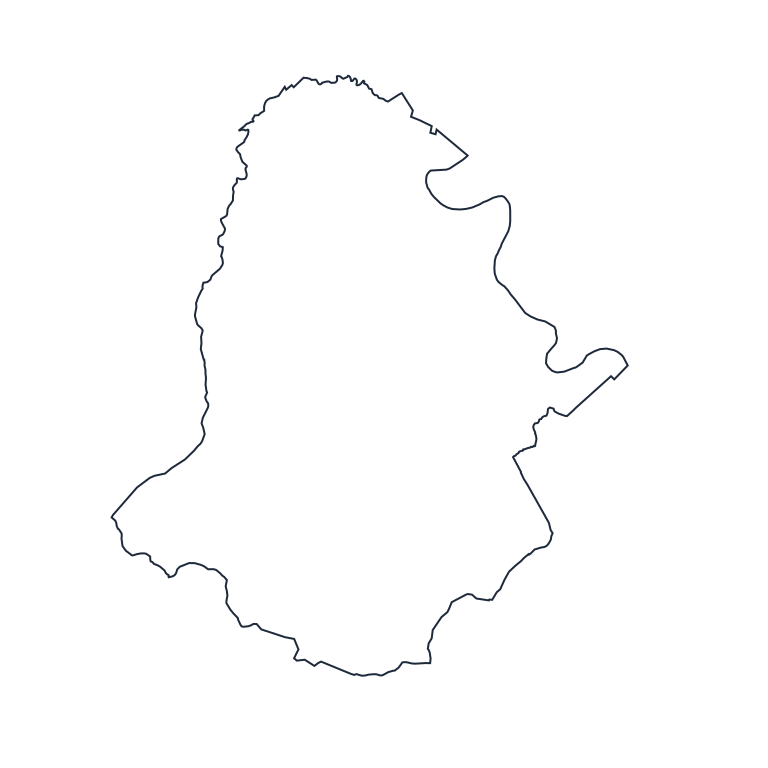 outline of Cicarlau, Maramures, Romania, rotated 194°
{"feature_id": "2599482B33598130201081", "entity_name": "Cicarlau", "entity_type": "district", "adm_level": 2, "iso_a3": "ROU", "parent_name": "Romania", "parent_adm1": "Maramures", "projection": "albers", "projection_center": [23.395, 47.725], "detail": "fine", "context": "isolated", "style": "outline", "palette": "slate", "viewbox_px": 768, "rotation_deg": 194, "n_neighbors": 0, "source": "geoboundaries", "source_scale": "gbopen_adm2", "svg_char_len": 6153}
<svg xmlns="http://www.w3.org/2000/svg" viewBox="0 0 768 768"><g transform="rotate(194 384 384)"><path d="M358.1,625.9L394.5,643.6L394.4,638.8L399.8,639.0L400.1,645.8L413.4,648.6L422.4,649.8L422.2,656.4L437.1,670.6L439.4,668.6L448.5,659.0L451.0,659.3L453.6,660.5L458.2,660.3L460.0,662.1L460.7,662.4L462.5,662.1L463.5,662.4L465.4,663.7L467.4,667.0L469.9,667.0L472.7,670.1L476.1,670.9L476.2,672.7L477.1,673.3L477.7,673.0L478.7,670.6L480.1,668.5L481.6,667.5L482.5,667.4L483.1,667.7L483.4,671.0L483.9,672.1L484.9,673.0L485.8,673.4L486.5,673.3L487.9,670.4L489.1,670.0L489.4,670.2L490.1,672.1L491.2,673.5L492.1,674.2L493.0,674.4L493.5,674.3L494.0,672.9L497.3,670.4L498.0,670.4L500.5,671.7L501.6,671.8L502.4,671.8L504.0,671.3L504.1,670.7L503.1,668.1L503.0,667.0L503.8,665.2L504.6,664.5L508.1,663.4L510.1,664.1L511.1,664.1L512.9,663.6L517.0,661.3L517.3,660.2L518.6,659.2L520.1,659.4L523.0,662.4L523.8,662.8L527.9,661.5L529.6,662.2L533.4,662.2L534.9,661.8L536.1,661.8L543.4,650.1L545.9,651.7L550.1,645.9L552.2,648.3L556.0,638.1L560.0,635.4L563.7,633.6L565.4,632.1L566.8,630.1L567.4,627.6L567.5,624.3L566.4,620.0L569.5,616.7L570.8,614.5L574.5,613.3L574.7,611.9L575.6,609.4L575.5,608.7L574.2,607.5L574.4,606.9L576.6,606.1L578.1,604.5L579.8,603.5L581.2,601.8L581.7,600.6L585.8,595.4L585.8,595.1L585.2,595.1L583.7,596.2L581.5,596.9L579.6,596.5L577.8,597.8L577.3,597.8L577.0,597.4L576.6,596.2L576.4,593.5L577.0,590.5L578.3,586.7L578.2,585.0L583.5,578.8L584.1,577.5L584.0,575.6L581.8,573.7L579.3,572.2L577.9,569.2L575.1,565.3L570.2,562.8L569.8,562.0L569.9,561.1L570.5,559.9L570.3,558.6L568.1,554.6L567.6,552.7L567.8,551.1L568.3,549.7L569.2,549.1L572.3,548.0L575.7,548.3L576.4,547.8L576.3,546.7L575.6,544.6L575.6,543.6L577.6,540.0L578.0,537.8L577.7,536.3L576.4,534.2L576.0,530.0L575.0,525.5L576.4,521.3L577.3,519.8L578.1,516.2L577.3,510.7L577.5,509.5L577.9,508.7L582.1,504.6L581.8,503.1L580.2,501.0L575.8,496.2L575.6,493.9L576.3,490.6L576.7,489.9L579.2,487.7L579.8,486.8L579.9,484.7L578.7,479.8L576.3,477.9L573.5,477.8L572.9,474.5L573.0,468.6L572.3,468.0L570.9,465.8L569.6,462.6L569.6,460.6L571.1,456.1L576.7,448.3L577.4,446.6L577.7,443.3L580.0,440.2L583.0,438.8L583.7,438.7L583.9,435.3L583.0,432.6L583.8,430.4L585.3,423.2L585.9,416.9L584.6,413.1L584.2,405.4L583.7,403.8L579.8,397.0L578.8,396.1L574.8,394.0L573.0,392.3L572.8,391.2L572.9,385.6L571.0,379.5L570.2,373.5L564.8,364.0L564.3,364.1L563.1,361.0L562.6,358.4L560.9,355.2L559.6,350.6L558.1,346.5L557.0,340.2L554.6,334.3L553.6,333.0L554.3,328.6L554.2,327.5L551.7,324.0L550.0,322.7L549.3,320.8L549.1,319.0L549.3,317.8L551.6,307.5L551.5,301.7L548.8,297.8L545.9,292.0L546.6,284.7L547.6,281.7L549.7,278.5L552.2,273.3L558.8,262.7L569.8,251.0L574.7,244.2L584.5,239.4L588.6,236.2L598.6,223.9L615.2,191.5L616.0,188.6L611.8,186.5L610.4,184.9L609.1,181.8L607.3,179.3L606.0,178.8L602.5,175.6L601.8,173.5L601.3,170.5L598.5,163.5L594.2,159.8L587.2,156.8L586.2,156.9L582.5,159.2L578.7,160.9L575.3,161.7L573.6,161.7L569.2,160.1L568.4,157.3L567.5,155.4L565.8,155.3L563.7,153.8L560.1,153.4L557.1,152.6L551.9,150.0L549.7,147.6L548.4,146.9L546.7,146.4L546.5,144.9L546.1,144.4L542.3,146.4L540.7,148.2L540.0,150.1L539.7,154.3L538.0,157.2L529.8,163.1L524.2,164.4L518.0,164.2L514.5,163.6L509.8,161.7L504.6,163.1L501.9,163.0L497.1,160.7L494.5,158.9L492.5,158.2L489.0,155.7L488.7,149.5L485.8,143.9L485.9,143.5L484.8,141.2L484.4,135.4L483.9,133.2L478.5,127.9L474.8,125.1L469.2,121.6L468.6,120.1L464.7,115.3L463.6,114.4L461.8,114.4L457.1,116.1L454.5,117.8L452.7,119.6L449.5,120.3L443.7,116.2L419.0,114.4L409.5,114.9L402.8,105.8L404.9,96.1L401.6,94.5L394.2,97.3L383.3,93.6L380.4,97.3L377.9,99.4L346.4,94.8L342.5,94.5L340.9,95.7L340.3,95.8L334.9,95.6L331.2,96.8L328.8,98.2L323.6,100.0L320.9,100.5L317.4,100.3L315.1,100.9L310.1,105.5L306.1,107.8L304.0,108.7L303.7,109.3L301.4,112.0L299.7,115.9L299.0,118.1L297.7,118.8L295.0,119.5L289.2,119.6L286.0,120.2L276.4,123.2L271.7,124.3L272.4,129.0L274.8,134.7L276.2,136.7L277.4,137.6L277.9,143.2L276.2,148.8L277.2,157.1L271.8,171.8L267.3,178.0L266.5,181.6L265.5,188.7L253.2,199.7L251.8,200.5L247.6,200.9L242.5,198.2L229.9,199.4L229.7,200.3L226.8,200.8L224.2,209.3L221.6,212.9L219.7,223.2L217.3,232.1L212.6,239.4L208.3,245.2L205.9,249.4L202.4,254.0L201.9,253.6L200.6,255.1L197.8,259.9L191.9,263.4L189.0,264.6L187.1,266.2L186.1,267.9L185.1,270.8L184.5,273.3L184.8,276.9L184.3,280.1L186.5,282.1L187.3,283.2L189.9,288.2L190.9,289.7L220.1,320.6L225.3,325.6L229.8,331.1L229.8,331.8L241.1,344.3L240.7,345.2L239.1,346.3L238.4,347.9L236.7,349.7L236.6,350.8L236.3,351.2L233.0,353.2L233.2,353.8L233.1,354.2L231.6,354.8L228.6,356.9L227.1,357.4L226.1,358.7L224.9,358.7L224.2,359.3L223.9,360.0L223.4,359.8L222.4,360.3L222.3,360.6L222.6,362.2L222.6,366.4L222.9,367.9L224.4,371.3L225.4,372.3L225.5,373.5L227.6,376.1L228.8,378.3L228.8,380.3L228.1,382.2L225.4,383.4L224.7,385.1L224.7,387.0L224.0,387.6L223.0,388.0L222.4,390.0L220.9,391.5L218.7,392.6L218.3,395.4L218.8,399.4L217.9,400.7L217.4,401.3L213.5,401.1L212.3,399.1L211.2,398.5L207.4,397.5L200.8,396.9L198.7,397.1L193.4,405.0L192.9,406.1L165.6,446.5L161.7,444.2L152.0,460.9L158.7,468.5L160.8,469.8L165.1,471.7L169.0,472.5L176.7,472.2L182.8,470.1L187.6,466.8L191.7,463.1L194.1,460.7L196.4,452.9L200.4,448.1L202.1,446.3L203.5,445.6L212.1,439.6L218.7,437.1L221.4,437.1L224.3,437.6L228.8,440.2L231.8,443.3L232.6,447.6L233.1,452.8L230.1,459.0L228.1,462.7L227.0,465.5L227.2,470.2L229.5,474.8L230.1,477.4L232.4,480.6L242.7,483.7L250.7,483.7L258.1,485.0L264.2,487.1L277.3,497.7L282.8,501.6L286.3,504.8L291.0,508.0L292.9,508.5L297.4,510.6L299.7,512.5L303.3,518.0L304.9,523.0L306.3,530.6L306.3,532.5L306.2,535.2L305.3,538.2L304.8,541.8L303.9,545.3L303.7,548.6L300.4,562.2L300.2,567.5L300.9,572.5L303.6,583.2L305.1,587.4L305.9,589.0L307.9,591.0L310.4,593.1L312.8,594.6L315.0,594.9L318.1,593.9L323.0,591.2L328.7,586.3L331.2,584.8L334.8,581.3L341.1,576.6L346.6,573.8L349.9,572.6L352.6,571.7L360.0,570.3L365.2,570.6L369.6,571.7L372.8,572.9L380.1,577.1L383.9,579.8L387.4,583.6L389.1,584.9L391.9,589.8L392.6,592.7L393.0,596.0L392.7,598.0L391.7,600.4L390.3,602.4L375.3,607.1L372.4,609.0L362.1,620.2L359.4,623.8L358.1,625.9Z" fill="none" stroke="#1e293b" stroke-width="2"/></g></svg>